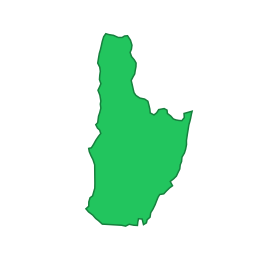 Itamari, Bahia, Brazil (Natural Earth projection), rotated 161°
{"feature_id": "56859067B3442577657956", "entity_name": "Itamari", "entity_type": "district", "adm_level": 2, "iso_a3": "BRA", "parent_name": "Brazil", "parent_adm1": "Bahia", "projection": "natural_earth1", "projection_center": [-39.673, -13.781], "detail": "fine", "context": "isolated", "style": "filled", "palette": "green", "viewbox_px": 256, "rotation_deg": 161, "n_neighbors": 0, "source": "geoboundaries", "source_scale": "gbopen_adm2", "svg_char_len": 1672}
<svg xmlns="http://www.w3.org/2000/svg" viewBox="0 0 256 256"><g transform="rotate(161 128 128)"><path d="M118.3,224.4L121.3,222.2L124.1,218.3L126.6,214.2L128.6,211.0L130.8,207.9L133.0,203.9L135.5,199.2L134.9,194.7L135.7,190.6L137.6,186.9L139.2,183.1L139.2,178.7L141.7,175.9L144.1,173.5L143.9,168.1L144.9,162.3L146.4,159.6L147.2,155.6L149.8,151.6L152.0,148.8L153.3,146.2L154.9,142.9L157.4,141.6L156.9,137.9L155.5,135.3L155.5,131.7L158.5,129.8L162.4,126.9L165.8,123.8L169.1,121.2L171.8,121.5L172.3,118.2L172.0,113.8L171.4,109.6L171.5,104.0L177.3,86.5L179.0,81.9L183.6,75.3L186.6,74.4L189.1,70.9L190.6,66.8L194.1,65.3L192.6,61.5L189.7,57.2L188.0,53.0L186.1,50.1L183.6,45.5L168.3,39.2L165.8,38.2L162.2,36.0L158.3,36.6L154.2,34.2L150.8,32.8L149.3,36.0L147.6,38.8L144.3,37.3L144.8,31.6L141.5,32.3L139.8,35.0L136.2,36.5L134.1,40.5L130.8,43.2L127.3,46.7L124.8,49.7L122.1,52.8L119.7,54.8L115.6,54.1L112.1,56.0L108.3,57.8L104.7,58.9L105.5,63.7L101.4,65.1L97.9,66.8L95.4,69.4L92.4,72.4L90.6,76.2L88.3,78.8L86.5,82.8L82.8,86.0L80.5,89.1L78.1,93.2L76.8,97.2L73.8,103.0L71.8,106.7L69.4,111.2L67.3,114.2L65.7,116.7L63.7,120.2L61.9,123.0L70.3,123.5L71.4,119.5L74.7,117.4L77.5,118.6L80.0,120.0L82.2,121.8L83.7,125.4L86.0,128.9L85.3,132.2L87.5,134.6L93.0,135.4L96.0,133.0L99.2,131.9L102.1,135.0L101.2,138.8L100.8,142.9L100.5,146.8L102.8,149.9L107.1,152.5L109.9,156.2L110.8,159.5L110.5,162.7L109.9,167.8L109.5,171.9L106.4,174.9L104.1,176.9L102.5,179.9L100.5,183.4L99.2,186.8L99.8,190.1L101.4,194.4L101.4,198.8L99.1,201.4L97.3,205.0L97.1,210.2L98.4,215.4L101.4,216.1L104.1,215.5L107.8,216.8L111.5,220.3L115.6,222.5L118.3,224.4Z" fill="#22c55e" stroke="#15803d" stroke-width="1.5"/></g></svg>